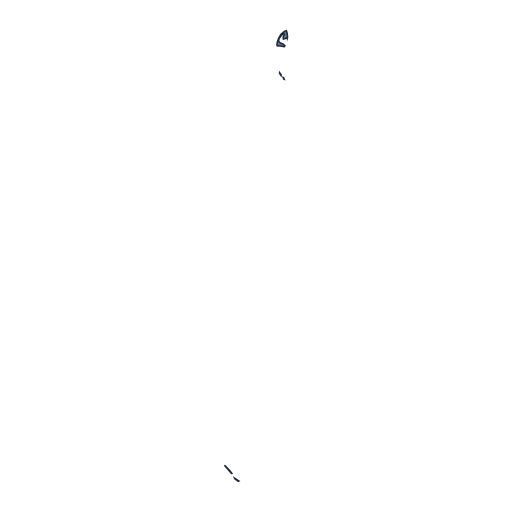 SVG path tracing the border of Bimini
{"feature_id": "BHS-5039", "entity_name": "Bimini", "entity_type": "District", "adm_level": 1, "iso_a3": "BHS", "parent_name": "The Bahamas", "parent_adm1": "", "projection": "orthographic", "projection_center": [-79.337, 24.634], "detail": "fine", "context": "isolated", "style": "filled", "palette": "slate", "viewbox_px": 512, "rotation_deg": 0, "n_neighbors": 0, "source": "natural_earth", "source_scale": "10m", "svg_char_len": 664}
<svg xmlns="http://www.w3.org/2000/svg" viewBox="0 0 512 512"><path d="M286.4,30.7L287.1,32.9L287.6,37.0L287.2,38.7L286.8,37.8L285.6,38.4L283.4,39.1L283.1,37.3L284.4,34.3L283.7,33.3L281.3,35.6L280.0,37.3L279.0,38.8L278.6,41.4L280.5,43.0L283.2,44.1L285.0,45.7L284.3,46.7L279.5,45.9L277.4,45.9L276.8,45.0L277.3,42.2L278.6,38.4L281.0,34.2L284.5,31.3L286.4,30.7ZM230.0,470.9L231.9,473.4L231.5,473.5L224.4,465.3L225.4,466.0L230.0,470.9ZM238.9,481.0L238.2,481.3L234.8,478.8L234.5,478.1L238.9,481.0ZM279.5,73.3L279.6,72.6L281.2,74.8L281.1,75.6L279.5,73.3ZM283.1,77.4L283.5,77.5L284.3,79.4L283.9,79.3L283.1,77.4Z" fill="#64748b" stroke="#1e293b" stroke-width="1.5"/></svg>